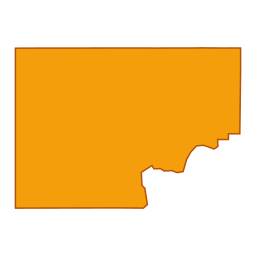 Kay, Oklahoma, United States of America (Mercator projection)
{"feature_id": "52423323B83070703413565", "entity_name": "Kay", "entity_type": "district", "adm_level": 2, "iso_a3": "USA", "parent_name": "United States of America", "parent_adm1": "Oklahoma", "projection": "mercator", "projection_center": [-97.024, 36.796], "detail": "fine", "context": "isolated", "style": "filled", "palette": "amber", "viewbox_px": 256, "rotation_deg": 0, "n_neighbors": 0, "source": "geoboundaries", "source_scale": "gbopen_adm2", "svg_char_len": 734}
<svg xmlns="http://www.w3.org/2000/svg" viewBox="0 0 256 256"><path d="M15.4,208.1L15.6,208.1L117.5,207.9L143.4,208.1L147.4,204.5L144.8,188.2L142.0,185.6L141.3,172.4L151.9,165.5L153.9,168.8L160.6,168.7L164.1,171.0L171.6,170.6L177.3,172.6L183.1,171.6L186.6,159.4L190.8,152.0L196.5,145.9L203.8,145.3L214.0,149.0L217.9,146.4L217.6,139.5L228.4,139.5L228.4,133.8L239.8,133.8L240.6,70.8L240.6,48.0L227.3,48.0L226.3,48.1L217.6,48.0L203.4,47.9L200.7,47.9L192.5,48.0L192.1,48.0L187.8,48.0L186.2,48.0L185.2,48.0L182.2,48.0L171.9,48.0L169.3,48.0L152.0,48.1L149.0,48.0L129.7,48.0L128.6,48.0L123.5,48.0L122.8,48.0L114.9,48.0L66.5,48.1L43.8,48.1L39.9,48.1L15.4,48.2L15.4,139.6L15.4,208.1Z" fill="#f59e0b" stroke="#b45309" stroke-width="1.5"/></svg>